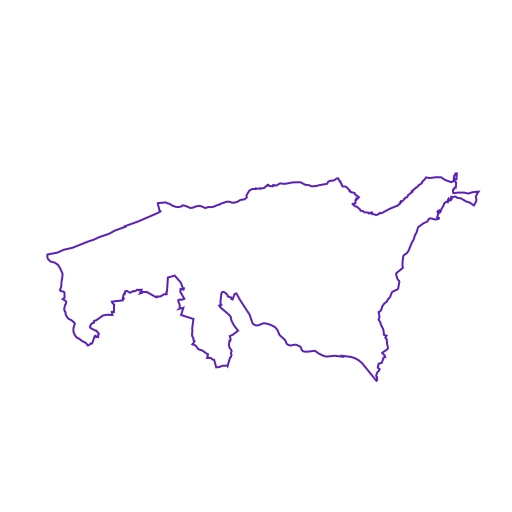 the district of Comanesti, Bacau, Romania, rotated 192°
{"feature_id": "2599482B34680832118241", "entity_name": "Comanesti", "entity_type": "district", "adm_level": 2, "iso_a3": "ROU", "parent_name": "Romania", "parent_adm1": "Bacau", "projection": "orthographic", "projection_center": [26.421, 46.409], "detail": "fine", "context": "isolated", "style": "outline", "palette": "violet", "viewbox_px": 512, "rotation_deg": 192, "n_neighbors": 0, "source": "geoboundaries", "source_scale": "gbopen_adm2", "svg_char_len": 6102}
<svg xmlns="http://www.w3.org/2000/svg" viewBox="0 0 512 512"><g transform="rotate(192 256 256)"><path d="M455.9,207.9L451.5,207.7L447.7,206.1L444.9,203.1L441.6,198.6L441.1,195.6L440.8,189.4L440.1,185.4L440.7,181.9L439.8,181.1L437.6,181.2L435.8,180.6L434.6,175.4L436.1,173.6L432.9,172.5L432.1,171.7L432.1,169.4L432.6,168.2L432.6,164.2L432.0,162.8L430.5,161.2L430.3,159.7L428.6,157.5L426.7,155.8L423.2,154.8L419.9,153.1L419.1,152.1L419.6,147.5L418.8,143.9L416.7,140.8L413.8,138.6L412.2,138.5L408.7,136.8L404.1,135.5L402.0,133.5L400.9,134.0L399.4,136.1L398.1,136.3L397.1,144.0L396.3,144.6L395.8,143.5L393.6,143.8L394.0,145.8L393.5,146.7L394.0,147.9L395.4,148.6L396.2,149.6L398.3,149.8L402.9,151.2L403.7,152.1L403.6,153.5L402.4,156.2L400.7,156.9L400.8,159.0L399.0,159.8L393.2,166.1L389.3,167.6L384.2,168.4L385.4,171.4L383.3,171.6L384.7,179.0L386.5,180.0L387.5,181.4L377.1,184.9L377.5,186.3L376.4,186.9L377.6,188.1L377.5,190.3L377.1,192.0L376.8,192.4L376.5,192.1L376.4,192.8L376.6,194.3L375.1,195.0L371.8,193.9L370.7,194.4L368.6,196.3L367.6,196.2L366.4,196.9L365.2,198.3L364.6,198.5L363.9,198.0L363.0,198.7L360.9,199.2L361.8,195.2L359.6,196.4L359.7,197.2L355.3,198.1L344.8,194.8L344.3,195.1L344.2,196.0L343.1,195.9L340.8,196.8L338.1,199.3L336.9,199.9L336.0,199.7L335.4,200.1L336.2,202.2L335.7,202.8L337.7,216.6L331.5,219.9L324.6,214.8L323.5,213.6L320.7,209.1L319.8,209.3L319.9,208.0L322.9,208.1L322.7,205.3L317.2,199.2L320.0,197.6L321.1,197.7L322.7,196.9L322.8,195.9L320.9,193.1L320.2,191.3L319.7,189.0L320.1,188.4L316.3,190.3L317.0,182.7L304.1,181.4L303.4,172.1L302.7,169.6L302.2,165.6L301.7,164.4L300.1,162.3L299.6,160.6L298.6,160.2L298.6,158.9L299.9,156.4L296.5,155.9L293.0,152.8L288.8,152.4L284.2,150.3L282.6,150.0L282.6,147.9L282.3,147.8L282.6,146.1L279.1,146.9L277.1,145.7L275.3,145.7L271.8,138.8L269.0,139.7L265.8,141.7L261.4,142.8L260.9,142.3L260.3,150.9L259.7,151.6L259.3,153.9L260.3,155.7L260.1,157.8L260.3,158.5L262.7,160.7L264.0,163.2L264.3,167.6L263.6,167.6L263.4,168.9L265.0,172.2L262.4,174.1L258.0,179.2L263.1,183.5L266.6,187.7L268.1,191.3L270.8,193.3L279.9,198.2L281.7,199.9L280.4,201.0L280.1,200.5L279.7,201.0L280.8,202.2L281.3,204.0L282.1,212.5L281.1,214.0L279.9,214.1L278.1,213.5L275.6,211.7L275.2,210.6L271.8,210.2L271.2,208.9L269.9,208.6L269.0,214.4L267.4,215.3L262.4,209.6L250.0,197.2L245.6,189.8L244.8,189.0L242.4,188.1L240.9,188.2L239.3,188.7L235.0,191.6L232.9,192.1L227.9,191.8L224.7,191.0L222.3,190.2L219.6,188.0L216.4,183.5L209.9,179.7L207.9,176.7L206.5,175.9L203.9,175.5L200.0,177.2L198.2,177.5L194.3,176.7L193.2,176.0L191.5,173.4L190.2,172.6L187.2,172.7L178.6,175.5L174.5,173.7L169.0,172.3L165.9,172.3L158.3,174.8L150.4,175.5L151.1,176.3L142.7,177.0L138.4,176.7L134.0,175.4L129.9,173.2L112.3,159.0L111.8,159.5L111.8,160.1L112.6,162.8L113.5,163.6L113.6,164.7L113.0,167.9L112.0,169.1L111.6,170.4L111.7,171.2L113.6,172.0L113.8,172.6L113.6,176.2L110.7,177.7L110.1,183.1L108.6,183.9L109.6,185.7L112.1,187.0L112.4,187.6L108.0,192.2L107.9,193.5L108.4,195.3L109.3,196.6L110.8,201.7L112.5,202.9L111.8,205.2L114.1,205.3L114.7,205.9L115.0,207.6L116.4,210.9L119.6,214.9L120.6,216.9L122.9,219.3L122.5,221.8L124.4,226.6L122.8,228.0L122.1,230.6L122.2,232.4L121.2,234.8L120.6,236.3L118.9,238.1L117.7,241.4L116.3,243.8L115.6,248.5L114.9,249.6L110.6,252.8L110.2,253.9L110.4,260.4L110.8,261.4L112.5,262.5L114.6,265.9L115.2,267.8L115.1,268.5L109.9,274.9L110.9,277.7L111.5,281.3L111.9,286.6L111.1,288.1L109.0,290.1L107.8,293.2L106.4,301.4L105.1,305.2L104.9,309.2L103.9,312.1L103.4,317.9L99.1,322.7L95.8,325.2L95.2,326.1L94.9,327.7L94.3,328.6L92.7,329.2L88.4,328.9L85.0,330.3L85.0,331.3L86.9,331.5L86.5,334.9L87.7,337.3L86.6,338.5L85.7,336.3L85.1,336.8L84.6,338.2L84.8,339.1L83.0,344.5L82.9,346.5L81.1,348.7L79.7,348.4L79.9,351.0L79.5,352.1L78.4,350.5L77.6,351.6L77.0,351.2L76.4,352.6L77.3,353.0L77.3,354.6L74.8,354.9L73.2,355.7L71.5,354.8L67.2,354.9L61.7,353.0L58.3,352.8L53.4,350.7L52.0,355.3L52.1,356.8L53.3,359.7L52.7,362.6L51.7,365.2L57.3,363.5L61.4,361.2L65.7,361.3L71.3,360.1L76.1,358.5L76.7,359.9L77.1,361.7L76.2,362.5L76.2,363.9L74.8,364.4L75.5,369.5L77.4,370.6L77.5,372.6L75.9,372.6L76.7,378.5L78.2,378.0L77.8,376.9L78.8,375.7L78.3,370.3L80.4,368.8L86.9,369.7L91.3,371.5L96.1,370.5L102.6,368.3L106.0,368.2L106.8,366.3L108.9,362.9L109.0,361.5L111.5,359.2L112.8,356.6L113.7,356.3L114.3,355.1L116.2,353.0L116.2,351.6L117.1,351.6L116.9,350.7L119.9,347.1L120.3,345.0L122.0,344.1L122.1,343.3L123.0,342.5L123.4,341.0L124.7,340.1L124.9,339.2L125.8,339.6L126.1,338.6L125.9,337.2L127.2,336.0L127.4,335.2L134.8,330.1L141.7,324.3L142.8,323.7L143.7,324.0L145.0,322.2L147.0,321.1L151.8,321.4L151.5,322.4L151.8,322.8L154.6,321.1L155.3,321.8L158.7,321.3L161.4,322.2L163.1,322.0L164.1,323.3L167.6,325.2L169.0,325.1L172.3,326.8L172.3,327.1L171.5,327.2L169.7,328.4L170.3,331.3L169.9,332.8L169.3,332.1L167.5,334.9L171.6,336.7L172.7,338.1L177.0,338.3L177.4,339.2L178.2,339.1L178.5,340.0L181.8,342.2L183.9,342.5L185.4,342.0L186.2,342.5L187.0,343.3L187.0,344.0L188.8,345.6L188.8,346.4L190.1,346.9L191.9,349.1L192.9,348.8L195.6,346.1L199.6,344.7L200.8,343.7L201.5,341.4L210.1,337.9L211.2,337.1L216.1,335.7L218.8,336.3L222.5,335.9L227.7,337.3L229.2,337.1L235.1,335.7L243.0,332.5L247.6,332.0L250.8,329.1L253.9,329.0L253.7,327.9L254.6,327.6L257.3,327.2L258.9,328.3L259.7,327.8L260.1,326.5L261.0,326.1L262.0,324.4L264.3,323.3L265.9,323.1L266.0,322.6L267.8,322.5L268.9,321.9L270.2,322.2L270.6,321.9L270.6,321.4L273.5,320.8L275.4,319.3L276.2,318.3L277.9,313.4L277.2,311.3L278.9,309.1L282.9,307.6L285.8,304.9L288.7,303.5L290.7,303.2L293.7,303.6L296.5,302.7L301.8,299.5L302.3,298.6L303.8,298.2L307.5,295.5L309.5,294.6L312.7,294.0L315.6,292.4L320.1,293.3L322.0,293.2L325.3,291.9L327.5,290.3L330.2,289.3L335.1,290.3L337.9,290.4L338.5,290.2L339.2,289.0L341.9,287.8L344.5,287.4L348.6,287.9L351.6,289.2L353.3,289.0L355.3,289.7L362.8,287.4L363.1,287.1L359.9,280.6L358.7,279.8L361.1,277.6L378.1,265.5L390.4,257.9L389.9,257.4L399.2,251.6L404.6,247.0L413.4,241.8L417.9,238.3L423.0,235.4L437.4,225.8L445.2,222.2L451.0,218.0L460.3,214.1L460.0,212.0L459.0,209.9L455.9,207.9Z" fill="none" stroke="#5b21b6" stroke-width="2"/></g></svg>